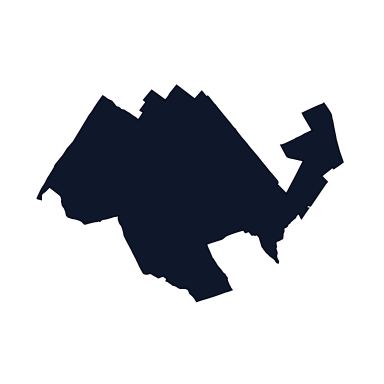 the district of Balteni, Vaslui, Romania, rotated 351°
{"feature_id": "2599482B7876180524061", "entity_name": "Balteni", "entity_type": "district", "adm_level": 2, "iso_a3": "ROU", "parent_name": "Romania", "parent_adm1": "Vaslui", "projection": "albers", "projection_center": [27.634, 46.674], "detail": "fine", "context": "isolated", "style": "filled", "palette": "ink", "viewbox_px": 384, "rotation_deg": 351, "n_neighbors": 0, "source": "geoboundaries", "source_scale": "gbopen_adm2", "svg_char_len": 6035}
<svg xmlns="http://www.w3.org/2000/svg" viewBox="0 0 384 384"><g transform="rotate(351 192 192)"><path d="M265.2,275.3L266.0,275.5L266.3,274.6L266.4,273.9L266.3,273.5L266.0,272.9L265.5,271.1L265.3,270.1L265.3,269.0L265.4,268.0L265.6,267.3L266.0,266.8L266.3,265.6L266.4,265.1L266.3,263.9L266.1,262.6L265.8,261.9L265.8,261.4L266.0,260.4L266.7,259.3L266.7,257.7L266.6,256.7L266.7,256.0L266.9,255.0L267.2,254.4L267.9,253.9L268.6,253.7L269.6,253.6L270.9,253.3L272.2,252.7L273.3,252.3L274.0,252.2L274.6,250.4L274.9,249.2L274.9,248.4L275.6,246.8L276.0,246.2L276.4,245.4L276.6,244.9L276.7,243.6L276.6,243.0L276.7,242.3L277.2,241.9L279.3,241.4L280.1,241.0L280.7,240.6L281.2,239.5L281.9,238.8L282.8,238.2L283.6,237.9L284.3,237.1L285.1,236.4L286.3,235.8L287.5,234.9L289.8,233.7L290.0,233.2L290.4,233.0L290.4,232.8L290.7,232.3L292.0,231.0L294.2,229.8L294.5,230.4L294.7,231.3L295.9,235.3L304.5,226.2L301.8,225.1L304.5,223.2L306.8,224.3L319.5,210.7L325.0,204.9L327.1,203.1L322.4,196.5L327.0,193.8L331.2,191.5L334.4,189.5L335.6,191.1L337.9,190.0L341.9,188.1L345.8,186.1L343.8,175.1L342.4,162.4L342.4,160.8L342.4,159.3L342.0,150.5L341.9,143.9L341.6,142.1L341.5,140.6L341.6,138.6L341.6,138.1L341.2,136.2L339.2,131.5L336.1,125.0L335.1,125.6L334.1,125.9L331.9,126.3L329.4,126.9L321.6,129.0L315.4,130.8L313.4,131.4L314.5,134.8L317.4,142.1L320.5,150.0L319.6,150.4L316.0,151.4L314.5,151.9L313.2,152.1L308.7,153.9L303.3,155.4L302.6,155.7L301.8,156.1L292.5,158.8L291.2,159.2L289.7,159.4L288.1,159.7L287.2,159.6L287.9,161.7L290.8,170.2L291.3,171.4L291.8,172.1L292.6,172.7L293.5,173.2L297.5,174.7L307.0,178.5L306.8,179.0L297.0,192.6L288.0,204.6L286.2,207.0L284.9,208.6L278.7,199.9L277.1,197.8L278.0,196.7L278.3,196.2L278.3,195.6L277.9,194.3L273.7,187.2L271.7,184.2L269.6,180.5L268.0,177.6L266.2,174.7L264.0,170.8L262.4,167.9L256.7,158.6L255.2,156.1L253.7,153.2L251.6,149.7L249.0,145.7L248.1,143.9L245.6,139.4L244.3,136.4L243.9,136.2L242.8,134.6L241.7,132.7L240.5,130.5L234.7,120.7L231.1,114.5L230.0,112.6L228.3,109.4L227.7,108.8L227.3,108.1L223.3,101.0L222.5,99.9L221.3,100.8L220.8,99.9L217.4,94.1L209.3,100.8L207.0,98.5L193.5,84.3L184.9,92.1L184.8,92.8L180.1,97.3L168.1,85.3L158.7,93.5L160.9,96.0L153.6,103.1L154.3,103.9L155.5,104.6L156.6,105.8L155.0,107.3L154.2,108.3L152.3,110.5L151.3,111.4L150.5,112.2L150.0,112.4L149.4,111.7L147.7,109.7L147.0,109.1L145.5,107.9L142.9,105.2L141.8,104.2L140.6,103.3L138.2,101.1L137.4,100.6L135.7,99.9L134.6,99.4L134.2,98.8L133.9,98.2L133.6,97.8L132.8,97.2L132.3,96.8L131.7,96.6L130.9,96.5L130.4,95.8L129.9,95.1L128.5,92.6L128.1,91.7L127.8,91.5L127.6,91.1L127.3,90.4L126.5,89.6L124.5,88.3L123.0,87.3L122.4,86.6L120.7,84.8L119.5,83.8L118.9,83.2L111.4,90.9L110.6,91.9L109.0,93.5L107.7,95.2L104.8,98.3L102.8,100.1L101.7,101.4L99.4,104.2L97.0,107.0L94.6,109.9L82.6,124.1L75.8,129.7L70.8,135.4L68.0,137.9L62.4,142.9L61.7,143.5L61.8,144.2L60.6,144.7L60.4,144.9L60.5,145.4L60.2,145.9L59.4,147.0L56.4,150.6L55.4,151.6L55.4,151.9L55.2,152.1L51.8,155.8L50.2,158.0L48.8,160.0L47.4,161.7L44.1,165.3L38.7,173.2L38.2,174.0L38.6,174.4L39.1,174.7L40.0,175.0L41.9,175.9L42.4,172.6L43.4,170.2L47.0,168.4L52.1,164.6L61.0,174.2L61.8,175.3L62.0,176.2L62.2,177.1L62.4,178.7L62.3,179.3L61.8,181.3L61.8,181.8L61.9,182.3L62.1,183.3L61.9,184.0L62.0,184.8L62.2,185.3L62.6,186.3L63.4,187.6L63.7,188.3L63.9,189.5L64.1,190.5L64.4,191.5L64.5,195.0L64.6,195.5L65.4,196.7L66.0,197.4L67.0,197.8L67.9,198.4L70.7,199.6L71.8,199.9L73.2,200.4L77.0,202.4L78.8,203.9L79.3,204.5L80.0,205.6L80.7,206.6L81.1,206.8L81.5,206.9L85.5,206.4L90.2,206.0L91.4,206.0L92.5,206.0L93.0,206.1L93.9,206.1L94.4,205.9L95.0,205.8L95.5,205.8L95.9,206.2L96.1,206.4L96.5,206.4L97.4,205.9L98.0,205.2L98.4,205.1L99.5,205.0L103.3,204.9L108.4,204.3L111.5,203.8L112.1,203.9L112.6,204.0L114.3,203.8L114.8,203.7L115.8,204.0L115.9,204.3L115.8,204.7L115.3,206.0L115.2,207.2L115.2,208.5L115.4,209.2L115.7,211.2L116.3,212.6L117.3,214.3L117.6,215.9L118.0,218.0L118.3,221.7L118.3,224.3L118.6,225.4L119.8,229.1L120.5,231.2L121.8,235.1L122.1,235.8L122.4,236.8L123.1,238.7L124.5,243.4L125.6,246.5L125.7,247.0L125.8,247.5L126.3,248.3L126.8,250.6L127.5,252.7L128.1,254.6L128.6,256.8L129.0,257.8L130.3,261.6L131.1,263.8L131.5,264.6L132.0,265.0L133.3,265.7L134.5,265.9L135.2,266.0L135.9,265.9L137.9,265.7L138.3,265.8L138.7,266.0L139.8,266.9L140.1,267.1L140.7,267.7L142.6,269.2L143.9,270.1L145.3,271.4L150.5,270.4L152.5,272.5L153.9,273.6L152.6,275.7L153.2,276.1L154.3,276.6L155.2,277.6L156.1,278.5L156.3,278.6L156.9,279.0L158.0,280.3L158.5,280.9L158.8,281.1L159.5,281.2L160.1,281.2L160.2,281.5L160.4,281.7L161.9,282.5L162.4,283.0L162.7,283.4L164.6,284.9L165.1,285.1L165.7,285.3L166.9,285.5L167.4,285.5L168.0,285.6L170.4,286.1L170.9,286.2L171.7,286.8L172.2,287.0L172.5,287.2L173.0,288.0L173.5,289.0L173.7,290.0L174.0,291.6L174.4,292.2L176.4,294.6L177.1,295.6L177.7,296.6L178.9,299.4L179.4,300.8L184.0,300.0L191.4,299.0L197.3,298.1L205.2,296.7L206.9,296.3L209.8,295.8L212.6,295.5L216.1,294.8L215.5,293.8L215.0,292.7L214.5,290.9L214.0,290.0L213.7,288.6L213.6,287.8L213.3,286.9L212.9,284.6L212.9,283.9L213.1,283.2L213.2,282.7L213.1,282.1L212.8,281.4L212.4,280.8L211.8,280.2L211.7,279.6L211.6,279.3L211.5,279.0L211.6,278.5L211.4,278.3L211.0,278.1L210.5,277.8L209.4,276.0L208.8,274.7L208.4,274.2L208.1,273.2L207.0,271.7L206.5,270.7L205.7,269.6L205.3,268.8L204.0,265.5L202.7,262.6L202.5,261.7L201.9,261.7L201.7,261.2L201.0,258.3L200.4,255.9L200.0,254.2L198.8,249.8L198.0,245.7L203.6,244.7L213.7,243.2L215.2,242.6L216.5,241.9L217.5,241.1L219.4,240.4L220.6,240.1L223.5,239.4L230.0,238.3L236.9,237.4L238.3,240.2L238.5,240.4L241.9,239.7L242.1,239.7L242.5,240.5L243.8,242.6L244.0,243.3L244.5,243.9L245.3,243.9L246.3,243.7L246.8,243.9L247.3,244.5L247.8,244.5L248.7,244.3L249.2,244.0L249.6,244.2L250.3,245.4L251.4,247.0L251.6,247.4L251.7,248.9L252.1,252.0L252.5,254.5L252.6,256.1L253.0,257.4L253.7,258.7L254.1,259.7L255.3,261.7L256.2,263.4L257.0,264.4L257.8,265.4L258.8,266.8L260.1,268.3L261.2,269.3L262.4,270.6L263.4,271.9L263.8,272.7L264.1,273.6L265.2,275.3Z" fill="#0f172a" stroke="#020617" stroke-width="1.5"/></g></svg>